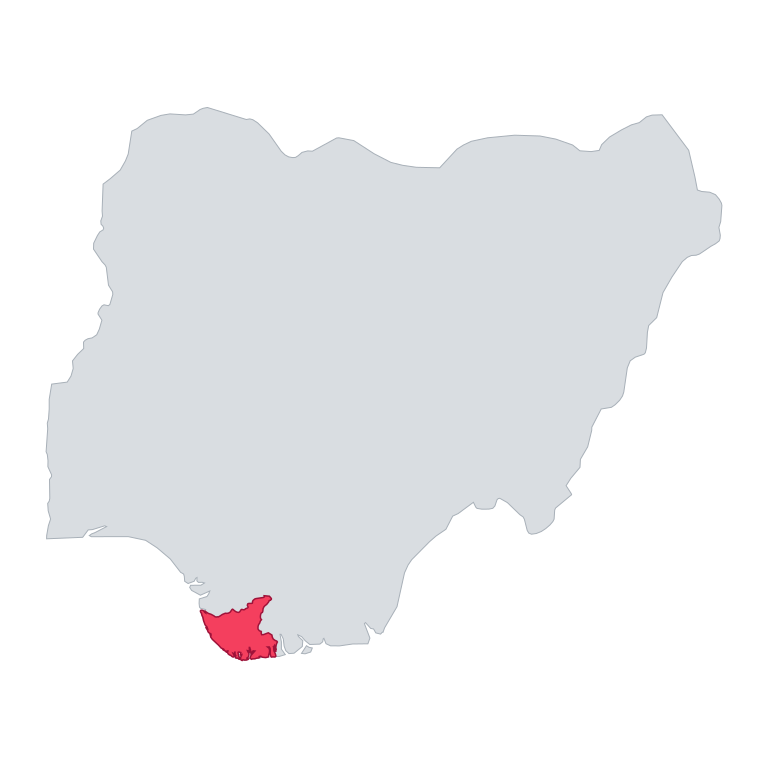 where Bayelsa sits in Nigeria
{"feature_id": "NGA-2845", "entity_name": "Bayelsa", "entity_type": "State", "adm_level": 1, "iso_a3": "NGA", "parent_name": "Nigeria", "parent_adm1": "", "projection": "orthographic", "projection_center": [6.155, 4.833], "detail": "fine", "context": "in_parent", "style": "filled", "palette": "rose", "viewbox_px": 768, "rotation_deg": 0, "n_neighbors": 0, "source": "natural_earth", "source_scale": "10m", "svg_char_len": 7264}
<svg xmlns="http://www.w3.org/2000/svg" viewBox="0 0 768 768"><path d="M662.1,114.8L688.7,150.3L694.9,176.9L697.4,190.0L701.7,191.5L709.7,192.2L715.5,194.7L719.1,199.0L721.4,203.1L721.9,205.5L720.7,221.5L718.9,227.4L720.3,235.2L720.0,238.6L719.2,240.9L715.7,243.6L710.9,246.3L699.5,254.0L696.2,255.2L691.4,255.5L687.2,257.4L682.3,261.6L671.9,277.1L663.0,292.6L656.7,317.6L648.7,325.5L647.4,332.4L646.5,348.0L645.3,352.8L644.0,354.2L635.2,357.2L630.2,360.8L627.3,367.9L623.8,392.0L622.5,396.0L619.7,400.2L615.2,404.7L611.4,407.3L601.2,409.0L591.8,427.2L591.7,430.4L587.7,446.8L580.4,459.3L580.0,467.3L570.8,478.3L566.1,485.7L571.2,493.5L571.6,494.7L555.6,508.0L554.7,510.0L554.1,519.1L552.9,521.5L550.0,524.9L545.7,528.6L541.3,531.5L536.3,533.5L531.5,534.2L528.8,533.1L527.2,530.4L524.4,519.3L523.1,516.9L519.9,514.7L507.4,502.6L499.8,498.3L498.2,498.6L497.0,499.8L494.9,506.0L492.8,508.3L488.9,509.1L482.0,509.2L477.0,508.4L475.8,507.2L473.4,502.3L458.1,513.6L452.7,516.1L445.9,529.3L436.2,535.9L429.5,541.7L411.7,559.7L408.1,565.0L404.5,572.9L397.0,606.7L384.6,627.8L383.0,632.3L382.3,632.2L380.6,634.1L375.8,632.9L373.6,629.0L370.7,628.4L365.5,622.6L364.4,623.6L369.9,638.1L367.9,643.8L352.6,644.0L339.5,645.9L330.5,645.8L326.0,643.7L323.9,638.3L323.2,638.8L322.7,641.8L319.9,644.1L309.8,644.5L305.3,640.8L301.6,636.6L297.8,634.8L298.4,636.5L302.8,640.6L302.3,646.5L294.1,653.2L289.0,653.6L285.8,650.7L284.1,646.0L283.3,638.9L281.1,634.3L280.0,634.3L281.4,642.0L281.4,649.1L285.3,654.6L279.4,656.4L272.2,656.6L271.3,654.5L270.4,649.9L269.2,648.7L267.7,656.5L253.0,658.7L250.9,658.4L250.5,656.9L251.6,654.8L251.3,651.3L248.1,654.0L247.6,659.3L245.7,660.2L240.1,659.4L234.0,656.7L224.1,649.9L212.0,638.8L210.0,633.8L206.5,627.7L200.2,610.9L201.4,610.2L204.2,611.1L205.6,609.5L200.5,608.3L199.5,607.1L199.1,603.4L199.3,598.9L207.0,596.5L208.8,593.7L209.8,591.0L200.4,595.2L191.6,590.4L189.7,587.5L190.6,585.3L200.9,585.2L204.5,583.0L202.3,582.3L198.4,582.4L196.9,580.9L197.0,577.5L195.8,578.2L194.1,581.3L188.1,583.5L184.7,581.3L184.3,576.3L183.6,574.0L180.6,572.3L170.3,559.0L157.2,547.9L145.6,540.3L128.1,536.6L91.4,536.7L89.3,535.6L91.6,533.9L94.8,532.7L106.6,526.6L104.7,525.8L92.4,529.6L88.2,529.9L82.7,537.3L46.6,538.8L46.7,535.4L48.4,525.7L50.6,519.0L48.2,510.8L47.7,503.4L49.2,501.2L49.8,498.4L49.5,479.5L51.5,476.7L51.6,474.8L47.9,466.7L48.0,460.5L47.3,454.5L46.1,451.8L47.7,428.8L47.3,423.1L48.5,419.0L49.2,409.1L49.2,399.4L51.7,384.1L67.2,382.1L71.0,376.1L73.2,368.5L72.5,360.9L77.6,354.4L83.7,348.5L83.5,342.1L85.2,340.2L88.0,338.7L92.1,337.9L96.7,334.8L99.3,329.2L101.9,320.2L98.0,314.0L98.1,312.6L99.6,309.2L102.0,305.9L104.0,304.8L108.4,305.7L109.9,304.4L112.8,294.5L112.6,291.8L108.5,285.2L106.3,267.3L105.1,265.0L102.0,261.7L93.5,249.1L93.7,243.2L97.4,235.6L99.8,231.9L103.1,229.9L103.7,228.1L102.8,226.0L101.1,224.3L100.8,220.9L102.5,216.2L102.1,210.9L103.1,184.1L110.1,178.8L120.2,170.1L125.4,161.0L128.2,154.1L131.8,131.1L137.1,128.6L147.3,120.3L161.0,115.4L169.9,113.9L185.5,114.9L193.4,114.1L200.1,109.5L203.2,108.3L207.4,107.5L246.3,119.5L249.8,118.9L252.8,119.7L257.7,122.9L269.1,134.0L281.2,151.2L285.0,154.9L288.7,156.9L292.6,157.6L295.5,157.4L298.2,155.7L302.0,152.4L307.7,150.9L312.4,151.2L336.6,138.0L338.9,137.8L353.8,140.6L374.2,153.8L390.9,162.4L402.6,165.3L416.4,167.3L439.7,167.8L457.0,149.1L463.5,145.0L471.3,141.3L487.6,137.8L514.6,135.2L540.0,136.0L555.8,139.1L572.6,145.0L579.9,150.8L591.2,151.6L599.2,150.4L601.7,144.6L609.6,137.0L621.5,129.9L631.3,124.9L639.3,122.6L646.4,116.9L652.1,115.1L662.1,114.8ZM310.7,652.0L305.1,653.8L301.5,653.4L306.5,645.7L309.0,647.3L312.3,648.0L310.7,652.0Z" fill="#d9dde1" stroke="#a8b0b8" stroke-width="1"/><path d="M277.4,642.0L277.1,642.4L276.2,644.9L275.8,647.5L276.2,649.4L275.9,649.9L275.9,651.0L275.8,651.8L275.3,650.5L275.1,649.7L274.9,646.1L274.6,645.4L274.4,645.8L274.1,646.1L273.8,646.4L273.4,646.6L273.7,647.5L273.8,650.2L274.0,651.1L274.7,652.4L275.2,653.5L275.8,655.5L275.8,656.2L275.4,656.8L274.8,657.0L273.0,656.9L271.4,657.1L271.0,656.8L270.4,654.9L270.2,653.1L270.3,650.5L270.1,648.4L269.2,646.9L267.5,647.0L269.1,648.3L269.6,650.4L269.4,652.7L268.7,654.9L268.6,656.9L265.7,657.6L262.3,657.2L260.8,656.2L260.0,656.3L259.2,656.5L259.7,657.6L258.7,658.0L257.3,658.1L256.2,658.3L255.1,658.8L252.5,658.9L251.3,659.3L250.0,657.7L251.1,655.3L254.9,651.0L254.1,650.9L253.7,650.8L253.3,650.8L252.9,651.0L250.9,653.4L250.6,650.2L249.7,647.4L249.3,647.4L249.3,648.6L249.4,650.1L249.7,651.5L250.1,652.5L249.5,652.0L249.1,651.4L248.4,650.8L247.4,650.6L248.0,652.0L248.6,652.8L249.0,653.8L248.9,655.3L248.5,656.5L248.1,657.3L247.8,657.6L247.3,657.7L246.9,658.1L247.0,658.9L247.4,658.7L247.8,658.7L248.6,658.9L248.2,659.4L246.6,660.0L244.5,660.1L243.0,659.7L242.8,660.0L242.4,660.3L242.2,660.5L241.3,660.2L240.8,659.6L240.6,658.8L240.6,657.7L240.9,656.7L241.6,655.4L241.8,654.6L241.5,654.7L240.9,654.8L240.6,654.9L240.6,654.0L240.8,652.5L240.2,652.4L239.6,652.2L238.9,652.0L238.2,652.2L238.0,652.8L238.2,653.6L238.4,654.4L238.7,654.9L238.4,655.7L238.7,656.3L239.2,657.0L239.4,657.9L239.3,659.2L238.8,659.1L238.2,658.5L237.3,658.1L236.0,658.1L235.5,657.8L235.5,655.7L235.8,655.6L235.2,654.4L235.1,654.2L235.0,653.2L235.1,652.2L234.7,652.2L234.3,654.2L234.0,653.9L233.1,653.4L234.0,655.3L234.2,656.3L233.5,657.0L232.6,656.9L231.7,656.3L231.0,655.6L230.5,655.3L229.4,654.9L228.1,653.8L227.4,652.4L228.0,651.0L227.3,650.9L226.9,651.1L226.8,651.5L226.8,652.2L226.4,652.2L225.5,651.2L223.2,649.9L222.5,649.0L222.9,649.2L223.6,649.6L224.1,649.8L223.6,649.1L222.9,648.7L222.1,648.5L221.3,648.2L220.1,646.9L219.6,646.3L218.1,644.7L217.7,644.4L212.4,639.4L210.8,637.2L210.2,634.7L210.5,634.8L211.0,635.1L211.0,634.0L208.5,632.5L207.9,631.4L207.6,630.4L206.1,627.9L205.5,627.2L207.5,628.4L207.0,627.0L205.1,624.9L203.5,620.5L203.0,617.8L202.7,616.9L202.0,615.4L201.7,614.5L201.6,613.5L201.4,613.1L201.0,612.6L200.6,612.0L200.4,611.1L200.7,610.4L201.3,610.2L202.2,610.2L203.1,610.5L203.8,611.0L204.8,612.5L205.5,612.9L204.6,610.7L206.2,612.0L208.4,613.4L211.1,614.3L214.0,615.9L215.1,616.8L216.5,617.0L217.5,616.8L218.4,616.9L220.5,615.7L222.4,614.4L223.5,614.0L224.6,613.5L225.7,613.2L226.7,613.4L228.5,613.1L230.1,612.2L232.0,609.5L232.7,609.2L234.7,610.9L235.9,611.7L237.1,612.2L238.6,612.4L239.6,611.9L241.2,609.6L241.7,609.4L242.4,609.5L243.1,609.7L243.8,609.8L244.6,609.6L245.0,609.3L245.3,608.9L245.8,608.6L247.2,608.1L247.8,607.8L248.1,607.2L248.0,606.7L247.5,605.8L247.3,605.2L247.8,603.8L248.9,603.4L251.3,603.4L252.3,603.2L252.5,602.8L252.5,602.0L252.6,601.3L252.9,600.7L253.3,600.2L253.9,599.7L254.9,598.9L255.9,598.6L263.3,597.5L264.3,596.9L264.1,595.7L269.4,596.2L271.1,598.2L271.3,598.4L271.4,598.7L271.4,599.1L271.3,599.4L270.7,599.9L270.6,600.1L270.4,600.3L269.3,600.5L269.0,600.9L268.9,601.5L268.5,602.1L266.6,604.5L265.2,605.5L264.0,606.7L263.1,608.6L262.8,611.2L262.4,612.4L261.3,613.0L261.0,613.5L260.6,614.7L260.4,616.1L260.4,617.3L260.5,618.0L260.7,618.6L261.1,619.2L261.5,619.7L260.5,620.8L260.0,622.0L259.8,622.9L258.6,624.6L258.0,626.6L258.0,629.0L259.3,630.7L260.1,631.1L260.9,631.2L261.4,631.9L261.1,633.0L261.7,634.7L263.5,634.6L268.3,632.8L271.9,635.0L272.3,637.1L273.2,639.0L274.9,640.3L276.8,641.1L277.4,642.0Z" fill="#f43f5e" stroke="#9f1239" stroke-width="1.5"/></svg>